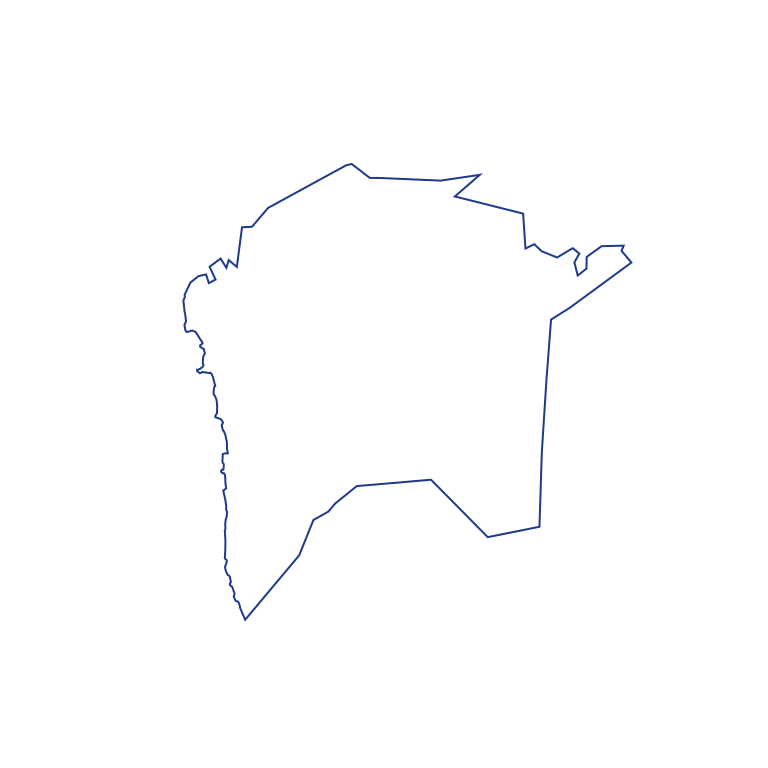 the district of Greenbrier, West Virginia, United States of America, rotated 134°
{"feature_id": "52423323B57989185183638", "entity_name": "Greenbrier", "entity_type": "district", "adm_level": 2, "iso_a3": "USA", "parent_name": "United States of America", "parent_adm1": "West Virginia", "projection": "albers", "projection_center": [-80.27, 37.976], "detail": "fine", "context": "isolated", "style": "outline", "palette": "blue", "viewbox_px": 768, "rotation_deg": 134, "n_neighbors": 0, "source": "geoboundaries", "source_scale": "gbopen_adm2", "svg_char_len": 2122}
<svg xmlns="http://www.w3.org/2000/svg" viewBox="0 0 768 768"><g transform="rotate(134 384 384)"><path d="M124.8,290.4L123.2,305.6L118.0,307.7L133.7,323.2L151.7,326.5L160.4,318.5L171.4,320.0L164.3,331.5L154.5,334.1L155.2,342.6L172.8,347.4L179.0,362.9L179.0,373.0L188.3,376.3L164.8,402.3L199.9,463.3L167.0,460.4L198.3,484.5L238.5,529.9L245.6,537.4L248.2,560.1L253.1,563.2L337.8,589.7L362.6,588.2L369.9,595.0L402.0,571.2L402.7,581.8L409.9,578.1L407.3,588.7L420.8,590.9L425.9,577.7L433.1,580.1L428.8,588.1L435.3,592.4L445.6,593.7L458.3,589.4L459.5,587.9L463.5,586.1L470.4,577.8L472.2,575.1L476.5,569.9L480.1,568.6L483.0,564.7L483.5,563.7L483.6,561.9L478.8,559.2L477.4,555.7L480.5,542.9L481.1,542.7L483.8,543.1L484.9,542.2L484.5,539.1L484.0,537.9L486.5,534.0L489.7,533.2L495.0,528.8L495.9,526.8L497.6,526.4L500.8,526.8L503.2,527.9L503.7,528.4L503.9,528.2L504.4,527.4L504.2,524.1L502.7,523.2L501.8,523.3L497.3,517.1L496.5,516.7L496.6,515.0L497.8,511.9L502.7,504.0L503.6,504.2L504.0,504.0L507.0,502.0L509.6,499.6L510.0,497.4L511.7,493.6L513.5,491.2L516.4,488.1L521.1,483.8L523.7,483.4L525.1,482.3L522.7,477.2L523.0,474.5L523.7,473.0L526.6,472.0L529.2,467.6L529.3,466.1L531.0,462.5L534.9,456.7L539.6,451.9L542.4,448.2L543.4,448.9L544.0,450.0L546.4,451.3L552.1,446.3L552.6,445.5L553.0,443.6L553.5,443.0L556.9,440.2L557.2,440.1L558.6,441.1L560.2,440.4L560.4,438.3L559.4,437.3L559.5,436.1L560.7,434.2L566.4,428.1L568.7,425.0L572.3,425.6L577.8,417.3L581.2,413.0L584.3,410.0L584.8,408.1L589.4,404.5L591.0,404.0L594.9,401.1L595.2,400.8L598.2,397.5L599.7,397.0L606.6,389.5L613.5,383.0L619.8,377.6L620.1,376.4L619.9,375.3L620.3,374.5L622.2,372.9L625.8,371.5L627.6,369.2L629.4,365.5L629.8,363.8L629.5,362.0L630.1,360.5L632.8,356.6L635.1,355.9L635.8,354.2L635.3,353.1L635.4,352.3L638.4,346.2L639.5,345.1L640.4,345.0L641.3,344.4L642.1,342.6L643.0,340.1L642.1,338.1L642.0,337.2L643.5,334.1L645.2,331.6L650.0,320.1L566.2,326.0L530.8,340.3L514.5,335.4L504.1,336.1L476.4,332.7L420.2,283.7L422.1,203.0L378.7,173.0L324.0,222.6L293.5,248.5L268.2,270.0L221.6,308.6L200.1,303.3L124.8,290.4Z" fill="none" stroke="#1e3a8a" stroke-width="2"/></g></svg>